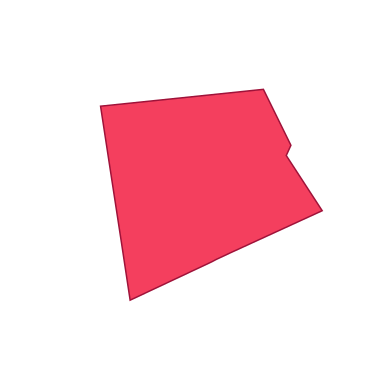 outline of Lagoa de Velhos, Rio Grande do Norte, Brazil, rotated 300°
{"feature_id": "56859067B16682382459596", "entity_name": "Lagoa de Velhos", "entity_type": "district", "adm_level": 2, "iso_a3": "BRA", "parent_name": "Brazil", "parent_adm1": "Rio Grande do Norte", "projection": "robinson", "projection_center": [-35.857, -6.01], "detail": "fine", "context": "isolated", "style": "filled", "palette": "rose", "viewbox_px": 384, "rotation_deg": 300, "n_neighbors": 0, "source": "geoboundaries", "source_scale": "gbopen_adm2", "svg_char_len": 312}
<svg xmlns="http://www.w3.org/2000/svg" viewBox="0 0 384 384"><g transform="rotate(300 192 192)"><path d="M67.4,192.5L141.4,244.0L145.7,246.7L157.9,255.2L240.9,314.1L270.7,255.4L281.9,254.3L316.6,202.5L220.6,69.9L168.9,111.3L112.4,156.6L67.4,192.5Z" fill="#f43f5e" stroke="#9f1239" stroke-width="1.5"/></g></svg>